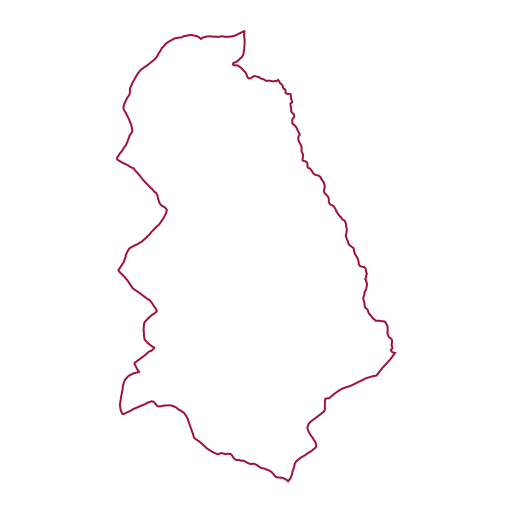 Asmat, Anseba, Eritrea
{"feature_id": "51966322B95740891670164", "entity_name": "Asmat", "entity_type": "district", "adm_level": 2, "iso_a3": "ERI", "parent_name": "Eritrea", "parent_adm1": "Anseba", "projection": "robinson", "projection_center": [37.974, 16.37], "detail": "fine", "context": "isolated", "style": "outline", "palette": "rose", "viewbox_px": 512, "rotation_deg": 0, "n_neighbors": 0, "source": "geoboundaries", "source_scale": "gbopen_adm2", "svg_char_len": 6018}
<svg xmlns="http://www.w3.org/2000/svg" viewBox="0 0 512 512"><path d="M279.3,81.6L278.2,79.9L276.7,81.0L274.8,81.0L273.3,81.5L269.7,80.6L266.5,80.9L265.7,80.6L263.0,79.0L260.4,78.4L259.4,77.2L254.2,76.0L251.8,77.6L250.0,78.3L248.9,78.5L248.2,78.1L247.2,76.6L246.3,73.9L244.7,71.4L244.0,71.0L241.2,67.9L237.8,65.5L236.0,65.3L235.4,65.5L234.5,65.4L233.2,64.9L233.0,64.6L233.0,63.9L233.6,62.8L234.8,62.3L235.9,62.3L237.1,61.2L238.4,60.4L240.8,57.8L241.2,57.8L241.5,57.5L243.1,55.1L243.5,53.7L243.7,51.3L244.1,50.6L244.6,43.6L244.7,41.4L244.1,35.0L244.3,33.4L244.1,31.6L245.0,30.7L234.6,35.8L230.1,36.7L224.7,36.8L222.3,36.2L219.1,36.8L217.7,36.9L215.9,36.6L212.3,36.7L210.6,36.3L208.7,36.3L206.6,36.6L202.8,37.5L201.6,38.3L201.0,39.0L200.1,38.3L198.8,37.0L196.4,36.0L191.3,35.0L188.4,35.2L186.1,35.9L184.0,36.0L181.3,37.5L180.2,37.4L174.6,38.4L172.9,39.5L172.0,39.8L167.4,42.5L165.5,43.9L164.4,45.5L162.0,47.9L161.5,48.7L160.5,50.7L158.8,53.0L157.0,56.6L154.1,59.8L146.8,65.7L143.6,67.8L140.5,70.1L137.1,74.6L132.0,83.7L130.7,87.0L130.2,87.8L129.9,88.8L129.9,92.7L129.5,94.4L129.1,95.2L127.0,98.2L125.7,100.9L124.1,104.4L123.4,107.2L123.6,108.6L124.2,110.5L126.1,113.3L127.5,116.5L128.1,117.3L131.2,124.8L132.2,129.6L132.3,131.7L129.5,135.6L129.2,137.3L128.3,139.2L127.3,142.1L125.8,145.3L123.8,147.8L122.0,151.0L119.4,154.0L118.5,155.7L117.3,157.2L117.1,157.9L117.1,158.7L117.5,159.5L118.5,160.4L122.9,162.9L128.6,165.7L130.0,166.8L133.7,168.4L135.4,170.7L139.5,175.2L140.4,176.6L143.5,180.4L150.8,188.0L152.2,189.1L154.3,191.8L155.9,192.6L157.4,195.2L157.9,198.0L159.7,203.5L161.8,205.7L164.7,207.3L166.3,208.9L166.7,209.6L166.8,210.3L166.0,213.2L165.1,215.2L163.4,218.3L160.0,223.3L159.0,224.6L156.0,227.3L151.8,231.6L149.0,235.0L147.3,236.3L147.0,237.0L141.9,241.5L137.5,244.2L134.7,245.4L129.5,248.3L128.7,249.3L125.8,254.9L125.7,256.2L125.3,257.7L123.7,262.1L118.4,270.2L119.4,271.8L124.5,276.9L127.3,280.2L133.1,288.7L137.2,291.3L147.3,298.8L149.8,300.2L152.1,303.3L156.0,309.2L156.8,310.9L156.7,311.5L156.1,312.0L154.2,313.6L151.8,315.1L148.6,317.9L145.3,321.3L144.3,322.9L143.8,326.0L143.6,331.2L143.9,332.8L144.0,335.8L144.5,339.2L145.9,341.0L148.1,343.2L151.4,345.9L153.2,347.1L153.9,347.2L154.1,347.4L154.2,348.0L152.9,349.5L151.4,350.7L149.7,351.3L148.5,352.0L145.0,355.2L134.6,362.8L134.5,363.9L137.3,369.4L138.8,371.4L139.0,372.0L133.7,373.3L130.9,374.7L129.8,375.1L127.9,376.5L124.9,380.0L123.9,382.4L122.9,385.9L122.5,389.9L121.4,395.2L119.9,404.7L120.5,409.2L121.0,411.2L122.4,413.9L123.2,414.1L124.5,413.7L125.8,412.9L130.1,411.0L133.2,409.1L145.1,404.1L148.1,402.4L150.3,401.8L151.2,401.3L153.0,401.5L154.3,402.4L157.1,405.8L158.3,406.4L160.3,406.4L163.6,405.6L169.6,405.3L170.7,405.4L173.5,406.2L176.6,407.8L178.8,409.7L180.7,410.6L184.0,412.9L186.5,416.5L187.7,418.7L188.5,421.6L192.9,433.7L194.0,437.7L194.4,438.2L199.1,441.4L202.1,443.8L206.6,448.1L209.4,450.1L213.0,452.2L216.3,453.7L218.0,454.1L218.9,454.0L219.9,453.4L221.7,453.1L225.8,454.2L228.1,453.6L230.6,454.0L231.6,454.8L233.2,457.4L234.7,459.0L235.9,459.8L236.6,460.0L239.5,460.0L240.5,460.7L242.8,460.6L243.9,460.8L247.9,463.1L250.8,464.1L253.6,463.6L257.0,465.1L260.7,467.8L265.2,468.8L266.8,469.8L267.5,469.8L268.6,470.2L271.0,471.6L272.1,472.6L274.3,475.0L275.0,476.1L276.3,477.1L277.7,477.4L283.0,477.9L287.1,480.2L288.1,481.3L289.8,479.2L291.1,476.7L292.1,474.1L292.5,471.5L294.1,467.1L294.3,465.6L294.8,463.6L296.4,461.1L301.0,457.5L305.4,455.0L307.4,453.4L311.7,450.8L315.7,447.4L316.1,446.7L316.3,444.8L315.7,443.0L315.0,441.5L314.0,440.1L312.5,437.5L311.1,435.9L308.7,431.9L307.6,428.8L307.5,426.8L307.7,426.1L308.8,423.7L310.6,421.7L320.5,414.3L324.2,411.3L324.8,409.7L324.9,401.4L325.3,398.8L326.4,398.4L328.6,398.3L329.3,398.0L333.5,394.4L339.2,390.4L341.8,388.8L345.7,387.4L350.3,386.0L366.4,378.1L373.2,376.1L376.3,375.6L377.5,374.3L382.5,367.8L390.5,359.1L394.9,353.0L392.6,352.4L391.3,351.1L391.0,350.5L390.9,349.9L392.3,348.5L392.4,348.1L392.3,347.1L391.6,345.4L392.0,341.9L392.0,340.1L391.8,339.6L391.0,338.5L389.1,337.4L388.6,336.5L388.3,335.3L387.6,334.1L387.4,332.4L387.7,330.9L387.6,327.0L387.0,325.2L385.3,322.1L384.9,321.7L383.7,321.3L380.6,321.1L378.7,320.7L375.8,320.8L375.4,320.5L374.9,319.8L373.1,318.6L370.8,315.5L369.1,313.7L368.7,313.1L367.7,310.1L367.4,309.5L365.2,307.6L364.9,306.7L364.6,305.5L364.5,303.1L363.1,298.4L363.4,297.4L364.2,295.3L364.4,294.4L364.4,292.5L365.7,290.2L366.2,288.9L367.1,284.3L366.7,282.7L366.0,281.2L365.8,279.9L365.3,279.4L365.4,278.7L366.2,277.0L366.2,275.1L366.6,274.4L366.8,273.5L366.1,271.7L365.8,269.0L365.3,268.1L364.1,267.0L360.8,266.4L359.6,265.6L358.9,264.3L358.4,260.7L357.6,258.4L356.3,256.1L355.2,254.5L354.4,252.5L354.1,250.7L353.7,248.7L353.4,248.0L349.9,245.5L348.6,244.1L348.3,243.5L348.1,241.5L347.2,240.0L345.8,236.0L345.9,234.2L346.5,232.8L346.7,230.7L346.9,229.8L346.3,227.4L346.0,224.2L345.1,221.4L343.8,220.0L343.0,219.8L342.0,219.0L341.2,217.3L340.1,216.7L338.5,214.6L336.1,210.7L335.7,209.5L333.8,206.2L331.0,204.9L329.8,204.0L329.4,203.4L328.8,201.5L328.8,199.1L328.6,197.8L328.0,196.8L326.1,194.4L324.7,193.3L323.9,191.5L324.2,189.2L324.7,187.2L324.6,184.8L323.4,181.7L321.6,179.5L320.7,177.5L319.8,176.5L318.9,175.8L317.9,175.4L315.4,174.9L314.3,174.3L313.4,173.5L311.4,170.2L309.9,168.6L309.1,168.1L308.4,168.0L307.9,167.5L307.4,166.3L307.5,163.7L306.9,162.3L306.1,161.7L302.8,160.6L302.5,160.2L302.4,159.6L303.0,157.0L303.1,155.8L303.0,154.4L301.8,152.0L301.5,150.8L301.6,147.0L300.9,145.1L298.6,140.9L298.2,138.9L298.3,137.3L298.9,136.0L299.6,135.2L299.7,134.4L299.5,133.6L298.7,132.5L296.2,127.2L295.2,125.7L293.3,124.5L292.3,123.1L292.2,120.3L292.5,119.2L293.0,118.3L294.1,117.1L294.2,115.2L293.7,114.0L292.6,113.3L291.8,112.3L291.2,110.9L291.2,108.4L290.6,105.9L290.4,103.6L290.7,103.1L292.0,102.5L292.2,102.0L290.9,97.6L290.7,94.5L290.4,94.0L290.0,93.9L287.2,93.8L285.6,93.1L285.4,89.9L284.9,89.3L284.1,89.1L283.6,88.7L282.8,87.2L282.8,86.1L282.5,85.6L281.4,84.0L280.1,83.3L279.3,81.6Z" fill="none" stroke="#9f1239" stroke-width="2"/></svg>